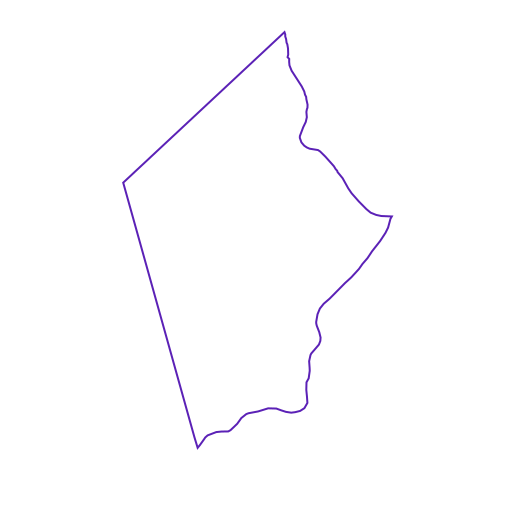 Nentón, Huehuetenango, Guatemala, rotated 317°
{"feature_id": "79465075B15120752201699", "entity_name": "Nentón", "entity_type": "district", "adm_level": 2, "iso_a3": "GTM", "parent_name": "Guatemala", "parent_adm1": "Huehuetenango", "projection": "robinson", "projection_center": [-91.636, 15.932], "detail": "fine", "context": "isolated", "style": "outline", "palette": "violet", "viewbox_px": 512, "rotation_deg": 317, "n_neighbors": 0, "source": "geoboundaries", "source_scale": "gbopen_adm2", "svg_char_len": 1408}
<svg xmlns="http://www.w3.org/2000/svg" viewBox="0 0 512 512"><g transform="rotate(317 256 256)"><path d="M211.1,381.4L217.0,376.6L218.9,374.4L223.1,369.2L228.3,365.6L229.9,365.0L241.6,363.7L245.1,362.0L247.6,359.7L250.3,354.9L252.9,348.4L254.0,346.5L255.0,345.3L261.2,340.6L264.9,338.9L266.9,338.0L273.0,337.1L280.7,337.4L302.6,336.5L311.1,336.6L322.4,335.7L328.6,334.4L336.1,333.6L344.1,331.7L357.0,329.7L366.4,327.4L372.0,325.3L379.7,320.5L382.3,319.7L374.9,312.2L371.9,307.9L369.4,302.5L368.7,297.0L368.4,286.1L368.7,275.4L369.6,269.5L372.4,258.2L372.9,250.2L373.5,249.0L373.5,246.8L374.2,243.5L374.5,230.6L374.2,223.3L373.6,220.8L368.4,214.1L367.2,211.3L366.5,208.2L366.7,203.9L368.6,199.5L369.9,198.2L378.4,194.0L383.8,191.9L387.8,189.2L391.1,185.0L393.4,183.3L394.7,182.7L396.9,180.5L399.8,175.6L401.2,173.8L401.9,171.4L403.5,168.6L405.1,163.2L408.4,144.8L410.5,139.4L412.6,136.7L414.7,134.5L414.7,132.1L416.9,130.7L421.0,126.0L423.3,122.5L423.8,120.9L426.0,117.8L427.1,115.4L428.5,113.9L429.5,111.7L208.9,111.8L87.4,346.5L82.5,356.5L86.1,356.0L93.5,354.5L95.1,354.1L98.3,354.2L106.9,357.7L111.1,360.9L116.1,365.4L118.6,366.0L127.8,365.9L134.8,364.5L141.1,365.0L143.3,365.9L151.5,371.1L161.0,375.7L166.8,381.4L169.2,386.1L171.6,390.4L174.9,394.6L178.1,396.9L182.6,399.4L187.6,400.3L193.4,398.5L197.3,393.7L201.5,388.2L206.8,382.8L211.1,381.4Z" fill="none" stroke="#5b21b6" stroke-width="2"/></g></svg>